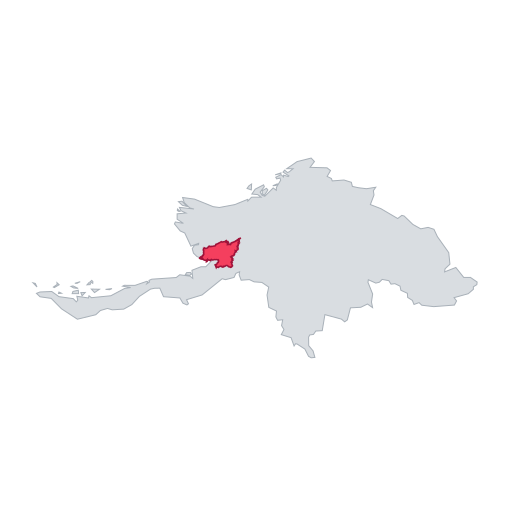 Bago, Bago, Myanmar shown in context, rotated 92°
{"feature_id": "60261553B52408869304596", "entity_name": "Bago", "entity_type": "district", "adm_level": 2, "iso_a3": "MMR", "parent_name": "Myanmar", "parent_adm1": "Bago", "projection": "orthographic", "projection_center": [96.537, 17.659], "detail": "fine", "context": "in_parent", "style": "filled", "palette": "rose", "viewbox_px": 512, "rotation_deg": 92, "n_neighbors": 0, "source": "geoboundaries", "source_scale": "gbopen_adm2", "svg_char_len": 9070}
<svg xmlns="http://www.w3.org/2000/svg" viewBox="0 0 512 512"><g transform="rotate(92 256 256)"><path d="M333.7,228.0L328.5,225.5L324.7,228.0L318.8,227.1L319.5,232.2L316.2,234.0L310.3,233.6L306.9,241.4L294.6,243.6L286.6,242.2L282.2,249.2L281.9,257.0L279.8,261.8L280.7,270.0L275.5,272.2L272.3,271.8L274.1,275.5L278.2,277.2L280.7,285.7L279.9,289.0L296.8,308.5L302.1,323.9L306.1,321.8L307.3,323.3L305.7,327.4L300.6,330.6L299.9,347.0L291.5,351.0L291.8,356.4L292.8,360.3L300.4,371.1L308.9,378.4L313.7,386.3L314.8,397.8L313.6,402.6L315.9,409.6L320.3,414.1L325.4,432.3L315.6,448.5L305.5,459.2L304.3,470.4L301.0,474.1L299.5,470.6L298.6,458.9L303.5,451.5L305.0,437.1L308.1,434.0L306.4,432.6L302.5,433.6L303.8,422.0L301.6,421.5L303.4,419.0L300.8,399.7L293.0,386.1L291.9,380.2L290.8,388.2L289.9,386.6L289.6,375.9L285.1,364.2L285.5,363.2L287.6,364.2L285.7,361.5L284.1,362.1L282.8,359.3L280.3,335.0L277.4,331.5L278.5,321.1L280.6,318.4L272.5,319.5L268.7,310.7L268.5,305.8L260.5,298.5L261.8,300.8L260.5,303.3L261.8,307.4L258.5,315.1L255.3,318.6L250.9,320.0L247.4,317.8L246.7,313.8L245.3,313.7L248.4,321.4L235.5,328.0L233.6,332.6L226.8,338.6L224.8,337.8L225.9,329.7L222.0,336.1L216.6,336.3L215.5,327.5L213.3,332.6L210.1,334.2L211.2,319.6L210.3,323.8L205.1,329.6L200.1,331.4L201.3,319.4L208.2,300.5L208.8,294.3L205.4,279.1L199.7,266.3L201.4,266.1L197.4,262.5L197.0,253.0L194.6,256.4L194.2,262.3L189.2,259.1L184.6,250.9L186.5,250.1L192.0,254.1L195.1,252.0L196.0,249.3L187.4,241.2L189.6,238.0L186.8,238.0L179.4,234.0L177.3,234.7L178.2,238.1L176.6,239.0L173.8,233.8L176.0,231.3L174.2,231.2L175.5,226.6L174.8,225.9L171.2,231.9L169.2,230.4L171.5,227.4L170.6,225.6L167.5,222.0L167.7,228.4L160.2,218.2L156.2,204.3L159.6,200.9L165.5,205.1L165.4,188.1L168.0,184.5L174.0,187.7L175.9,183.4L178.3,182.4L177.0,170.7L179.0,163.3L183.1,162.1L184.2,156.0L184.9,147.9L183.1,138.7L186.7,141.0L190.9,140.2L200.6,143.5L204.3,132.9L213.6,115.7L210.3,111.7L210.9,109.3L219.0,100.3L223.1,92.3L221.4,85.0L223.1,79.1L230.3,75.4L245.9,63.5L257.4,61.9L262.2,66.6L265.3,67.0L260.5,55.9L270.2,47.6L269.9,41.0L274.3,34.1L276.9,34.3L279.2,37.7L281.7,37.6L286.3,42.6L290.7,56.6L293.9,54.0L298.1,56.0L300.4,76.6L299.4,88.6L296.9,91.4L298.9,96.4L294.9,98.2L292.1,103.0L288.0,103.4L285.2,110.0L281.1,111.0L278.8,116.2L279.4,120.1L276.0,122.4L275.0,129.1L277.9,131.8L278.9,135.3L275.8,142.9L278.4,143.2L289.9,138.1L298.0,139.0L303.5,137.7L300.1,142.9L303.6,149.5L304.5,159.8L316.7,162.5L318.7,165.1L316.1,168.4L312.2,185.1L328.3,187.2L328.9,193.6L332.4,195.9L333.0,199.5L335.2,200.6L343.8,200.2L348.8,195.7L355.3,193.6L355.8,197.3L354.4,200.0L347.3,203.9L342.6,211.7L342.3,213.4L344.6,214.8L336.4,218.1L333.7,228.0ZM189.6,246.4L194.8,249.6L193.8,251.9L190.5,252.0L188.0,247.9L189.6,246.4ZM294.7,411.3L298.2,416.1L294.8,419.4L294.7,411.3ZM188.8,267.3L186.1,265.5L184.2,262.9L190.1,263.0L188.8,267.3ZM299.8,432.0L300.0,438.4L297.8,437.7L296.4,432.4L299.8,432.0ZM207.9,331.4L204.4,335.4L203.8,331.9L208.8,326.9L207.9,331.4ZM277.1,326.0L275.0,324.7L274.7,321.0L276.4,319.9L277.7,321.7L277.1,326.0ZM292.8,439.9L292.3,437.8L294.6,432.6L294.3,437.1L292.8,439.9ZM291.6,451.7L294.6,456.5L294.1,457.4L291.3,453.7L289.6,454.0L291.6,451.7ZM301.8,428.4L298.7,429.8L298.4,425.4L301.8,428.4ZM294.6,473.8L290.6,477.9L291.1,475.6L294.6,473.8ZM172.9,234.5L174.2,239.7L171.9,233.5L172.9,234.5ZM294.8,401.2L294.6,405.2L293.6,398.8L294.8,401.2ZM184.8,238.4L185.2,241.7L183.0,236.9L184.8,238.4ZM290.7,423.9L288.4,422.0L289.2,420.5L290.4,420.8L290.7,423.9ZM289.0,418.2L287.6,420.9L286.1,419.3L287.3,418.1L289.0,418.2ZM289.5,433.8L289.6,436.1L287.8,430.8L289.5,433.8ZM213.4,336.2L211.8,336.1L214.0,333.5L214.2,334.5L213.4,336.2ZM300.4,452.1L298.9,451.7L300.0,449.1L300.4,452.1Z" fill="#d9dde1" stroke="#a8b0b8" stroke-width="1"/><path d="M266.7,279.1L266.4,279.2L266.3,279.4L266.0,279.3L265.8,279.5L265.5,279.7L265.2,279.7L264.9,280.0L264.6,279.9L264.1,280.1L263.6,279.8L263.6,280.2L263.3,280.3L263.2,280.6L262.6,280.5L262.5,279.9L262.2,280.0L261.8,279.8L261.5,279.5L261.5,278.9L261.7,278.7L261.0,279.0L260.8,279.6L260.7,279.9L260.1,280.0L259.8,279.9L259.6,279.2L259.4,279.5L258.6,279.7L258.5,279.9L258.5,280.3L258.0,280.7L258.0,281.0L257.8,281.2L257.6,280.9L257.5,280.5L257.8,280.5L258.2,280.0L257.0,280.4L256.8,280.0L256.9,279.8L256.7,279.6L256.8,279.1L256.7,278.9L256.4,278.8L256.4,278.3L256.2,278.1L255.9,278.0L255.7,277.8L255.4,277.9L255.2,277.7L255.1,277.9L254.9,277.8L254.9,278.0L254.8,277.8L254.6,277.8L254.5,277.6L253.7,277.4L253.4,277.2L253.5,277.2L253.2,276.9L252.9,276.9L252.8,276.7L252.7,276.7L252.3,276.8L252.4,276.6L252.2,276.6L252.1,276.3L251.9,276.3L251.7,276.4L251.8,276.2L251.6,276.3L251.6,276.0L251.1,275.6L251.0,275.3L250.8,275.2L250.4,274.7L250.2,274.5L250.2,274.3L250.0,274.2L249.5,274.1L248.7,274.2L248.6,274.5L248.5,274.9L248.2,274.7L247.8,274.7L247.6,274.5L247.3,274.8L247.3,274.6L247.1,274.5L246.9,274.6L246.9,274.8L246.4,274.7L246.1,274.7L246.0,274.3L246.0,274.2L245.8,274.2L245.7,274.1L245.2,274.1L244.9,273.9L245.0,274.1L244.8,274.0L244.7,274.1L244.1,274.2L243.4,274.4L243.0,274.2L242.9,273.8L242.8,273.7L242.7,273.4L242.5,273.5L242.1,273.4L242.2,273.2L241.9,273.2L241.6,273.4L241.3,273.3L241.1,273.5L240.9,273.6L240.6,273.5L240.3,273.7L239.6,273.0L239.4,273.0L239.2,272.7L239.0,272.3L238.8,272.4L239.1,272.8L239.1,273.3L239.3,273.5L239.3,273.9L239.6,274.2L240.1,274.5L240.3,274.9L240.6,274.8L240.9,274.9L241.0,274.8L241.2,275.1L240.9,275.7L241.2,275.9L241.3,276.1L241.6,276.4L241.5,276.5L241.6,276.9L242.1,277.1L242.1,277.5L242.6,278.2L242.6,278.3L242.8,278.6L243.0,278.9L242.9,279.2L243.2,279.4L243.3,279.8L243.3,280.1L243.6,280.2L243.5,280.6L243.7,280.9L244.0,281.2L244.0,281.3L244.1,281.5L244.4,281.4L244.5,281.4L244.9,281.5L245.1,282.0L245.5,282.0L245.4,282.5L245.4,282.9L245.3,283.0L245.5,283.5L245.5,283.9L245.6,284.5L245.5,284.8L245.6,285.0L245.2,285.0L244.8,284.9L244.7,285.0L244.4,284.9L244.1,284.9L244.1,285.1L243.9,285.1L243.9,284.3L243.8,284.2L243.7,284.3L243.8,284.0L243.6,284.1L243.4,284.0L243.1,284.5L242.9,284.4L242.6,284.5L242.7,284.9L242.6,285.0L242.8,285.1L242.8,285.7L243.1,285.8L243.2,286.0L243.4,286.2L243.4,286.4L243.1,286.5L243.0,286.8L242.9,286.8L242.7,286.7L242.6,286.3L242.4,286.1L242.0,286.2L242.1,286.4L241.9,286.4L242.0,286.7L241.9,286.7L242.7,287.8L242.8,288.3L243.0,288.9L242.9,289.4L243.1,289.7L243.3,290.1L243.2,290.9L243.2,291.0L242.9,291.2L243.3,291.9L243.5,292.2L243.8,292.5L244.4,293.5L244.5,293.7L244.4,293.8L244.6,294.1L244.8,294.1L245.3,295.4L245.7,295.7L245.8,296.2L245.6,296.2L245.7,296.5L245.8,296.6L246.1,296.6L246.3,296.6L246.6,296.9L247.0,296.9L247.4,297.4L247.5,298.6L247.7,299.0L247.9,300.0L247.9,300.4L248.1,300.7L247.9,301.2L248.1,301.7L248.1,302.0L248.3,302.2L248.1,302.7L247.8,302.8L247.8,303.1L248.1,303.1L248.1,303.5L248.6,304.1L249.3,304.4L249.9,305.3L250.2,306.4L250.2,306.5L250.1,306.4L250.0,306.5L250.2,307.0L249.6,308.0L250.3,308.2L250.3,308.6L250.7,308.5L250.8,308.7L251.1,308.8L251.9,309.0L252.2,308.7L252.3,308.6L252.5,308.5L252.7,308.4L252.8,308.3L253.3,308.5L253.9,308.6L254.1,308.4L254.7,308.6L255.2,308.4L256.1,308.2L256.8,308.7L256.8,308.8L257.2,308.7L257.4,309.0L257.4,309.3L257.7,309.8L257.9,309.9L258.3,309.6L258.7,310.2L258.8,310.0L258.8,310.6L259.0,310.8L258.9,311.1L259.1,311.1L259.1,311.5L259.3,311.7L259.2,311.9L259.4,311.6L259.5,311.9L259.5,312.0L260.2,312.4L260.5,312.1L260.5,311.9L260.1,311.1L259.6,310.7L259.4,310.4L259.5,310.3L259.6,310.5L259.9,310.7L260.1,310.6L259.9,310.4L260.1,310.4L260.2,310.7L260.6,310.8L260.4,310.3L260.2,310.3L260.0,310.0L260.0,309.6L260.1,309.3L260.4,309.1L260.5,309.2L260.1,309.5L260.2,309.9L260.8,310.2L260.8,310.3L261.0,310.3L261.2,309.9L261.1,309.4L261.4,308.4L261.9,307.7L261.9,306.8L262.1,306.7L262.1,305.6L262.0,305.4L261.5,304.9L262.4,305.1L262.5,305.0L262.5,304.6L263.0,305.4L263.5,305.4L263.1,304.7L261.9,304.0L261.5,303.6L261.4,303.2L261.6,302.6L262.0,302.2L262.3,301.4L262.2,301.2L261.3,301.0L261.1,300.9L260.9,300.6L261.1,300.0L261.4,299.7L261.5,299.1L261.3,298.2L261.0,297.7L261.1,296.3L261.0,296.1L261.0,295.5L260.9,295.3L260.9,295.1L261.1,294.6L261.0,294.3L261.1,294.0L261.0,293.7L261.3,293.5L261.3,293.4L261.7,293.3L261.8,293.6L262.4,293.3L262.5,293.5L262.4,293.3L262.6,293.2L263.2,293.6L263.7,293.5L264.3,294.5L265.0,294.6L265.3,294.8L265.5,295.1L266.1,295.3L266.1,295.5L265.9,295.7L265.9,295.9L266.2,296.6L266.8,296.4L267.1,295.9L267.5,295.8L267.9,295.9L268.7,295.4L269.0,295.3L268.8,295.2L268.7,294.8L268.6,295.0L268.6,294.9L268.3,294.8L268.5,294.3L268.4,293.9L268.5,293.8L268.5,293.7L268.4,293.6L268.4,293.2L268.5,293.1L268.3,293.0L268.1,292.4L267.8,292.2L267.9,291.9L267.5,291.2L267.4,290.8L267.4,290.5L267.5,290.3L267.6,290.0L267.9,290.0L268.0,289.9L268.0,289.7L268.2,289.3L268.3,288.8L268.1,288.2L267.9,288.1L267.5,288.1L267.6,287.9L267.6,287.2L267.3,287.1L267.0,286.4L267.1,286.2L266.6,285.8L266.5,285.5L266.5,284.4L267.0,283.9L267.1,283.7L267.3,283.2L267.6,283.1L267.5,282.8L267.8,282.4L267.9,281.4L268.2,281.3L268.3,281.0L268.2,280.7L267.8,280.0L267.5,280.0L267.2,279.6L266.9,279.5L266.8,279.4L266.8,279.2L266.7,279.1Z" fill="#f43f5e" stroke="#9f1239" stroke-width="1.5"/></g></svg>